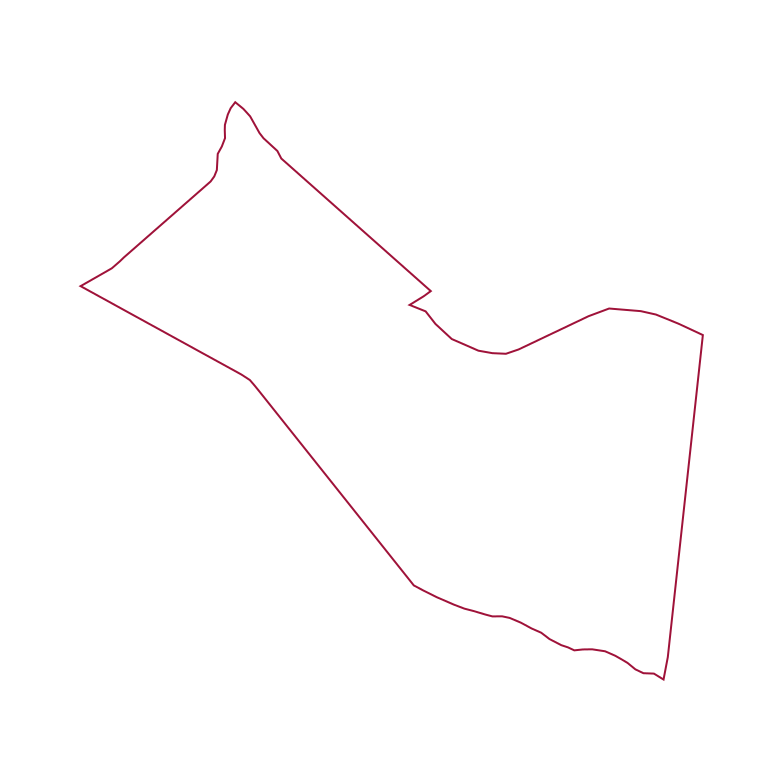 outline of Junco do Maranhão, Maranhão, Brazil, rotated 276°
{"feature_id": "56859067B88031270249569", "entity_name": "Junco do Maranhão", "entity_type": "district", "adm_level": 2, "iso_a3": "BRA", "parent_name": "Brazil", "parent_adm1": "Maranhão", "projection": "robinson", "projection_center": [-46.119, -1.889], "detail": "fine", "context": "isolated", "style": "outline", "palette": "rose", "viewbox_px": 768, "rotation_deg": 276, "n_neighbors": 0, "source": "geoboundaries", "source_scale": "gbopen_adm2", "svg_char_len": 1005}
<svg xmlns="http://www.w3.org/2000/svg" viewBox="0 0 768 768"><g transform="rotate(276 384 384)"><path d="M119.3,692.9L142.0,694.8L466.0,696.0L474.8,670.4L481.5,647.2L483.3,631.8L482.6,600.0L472.8,580.3L432.4,514.2L426.8,502.1L426.0,488.6L427.0,474.4L435.8,446.7L449.1,428.9L460.6,417.8L465.3,401.2L475.4,414.3L481.3,420.8L597.5,258.3L604.6,253.6L615.8,238.5L620.5,234.0L636.2,222.9L642.9,215.4L648.7,206.6L642.3,202.7L635.7,200.5L625.1,198.7L619.9,199.1L611.9,200.2L603.3,197.9L595.5,194.6L579.3,195.4L572.7,193.5L567.3,190.4L482.6,112.0L478.3,108.4L470.6,101.2L449.6,72.0L378.5,241.2L373.9,250.2L368.8,255.6L363.7,260.7L186.8,434.7L182.9,444.3L177.5,458.7L171.9,476.5L169.0,487.4L167.6,496.7L165.3,509.0L164.2,516.1L165.3,525.7L164.5,533.4L161.0,544.9L156.3,556.3L153.1,566.3L147.6,575.3L142.8,587.6L141.3,594.5L139.0,601.1L140.8,609.6L141.9,618.7L141.3,631.8L137.9,642.4L135.5,647.9L132.1,655.3L126.5,663.8L123.5,672.2L124.2,682.7L119.3,692.9Z" fill="none" stroke="#9f1239" stroke-width="2"/></g></svg>